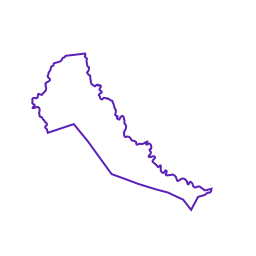 the district of Raillon Road, Praslin, Saint Lucia, rotated 20°
{"feature_id": "8701671B15123648543538", "entity_name": "Raillon Road", "entity_type": "district", "adm_level": 2, "iso_a3": "LCA", "parent_name": "Saint Lucia", "parent_adm1": "Praslin", "projection": "albers", "projection_center": [-60.939, 13.873], "detail": "fine", "context": "isolated", "style": "outline", "palette": "violet", "viewbox_px": 256, "rotation_deg": 20, "n_neighbors": 0, "source": "geoboundaries", "source_scale": "gbopen_adm2", "svg_char_len": 5711}
<svg xmlns="http://www.w3.org/2000/svg" viewBox="0 0 256 256"><g transform="rotate(20 128 128)"><path d="M175.3,176.1L187.6,175.0L204.4,176.5L215.3,183.3L217.4,168.7L222.2,165.4L222.6,164.7L223.5,164.0L223.6,163.7L223.8,163.2L224.2,162.8L224.6,162.1L225.0,161.6L225.3,161.3L226.3,161.2L226.6,161.0L227.5,159.8L227.7,159.4L227.2,156.5L224.3,158.6L222.1,160.0L221.4,160.3L220.8,160.3L220.1,159.8L219.3,159.6L218.1,159.4L216.9,159.0L215.9,158.6L215.2,158.5L214.1,158.9L213.0,159.7L212.3,160.5L211.6,160.8L211.1,160.9L211.0,161.0L210.7,161.0L209.3,160.4L209.1,160.3L208.5,159.6L207.8,158.5L207.6,158.3L206.5,157.6L205.3,157.2L204.8,157.3L204.6,157.5L204.3,158.5L204.3,159.9L204.2,160.2L203.8,160.4L203.4,160.3L203.1,160.1L202.3,159.1L202.1,158.9L202.0,158.6L201.6,158.0L200.9,157.4L200.6,157.4L199.2,156.8L198.3,156.5L197.9,156.5L197.2,156.6L196.1,157.1L195.5,157.6L194.8,158.6L194.4,159.2L193.7,160.0L193.0,160.6L192.6,160.7L192.3,160.7L191.9,160.4L191.0,159.1L190.3,158.4L189.6,157.4L189.1,157.2L188.4,156.9L186.5,156.5L186.1,156.4L185.4,156.6L185.2,156.7L184.6,157.3L184.3,157.5L183.2,158.0L181.5,158.9L180.4,159.3L179.9,159.2L179.6,159.0L179.4,158.7L179.4,158.3L179.4,156.6L179.2,155.7L179.1,155.4L178.9,155.2L178.3,154.6L178.3,154.2L178.2,154.6L177.8,154.9L177.5,155.5L177.0,157.8L176.9,158.0L176.6,158.2L176.0,158.3L174.6,157.8L173.9,157.4L173.6,157.2L173.3,156.8L173.0,155.9L172.9,155.5L172.2,153.4L171.8,152.6L171.4,152.1L171.1,152.1L170.8,152.4L170.1,154.3L169.7,154.5L169.5,154.4L167.5,153.1L162.9,151.4L162.5,151.1L162.4,150.8L162.4,150.3L162.4,149.8L162.6,149.2L163.3,147.9L163.5,147.1L163.5,146.5L163.0,145.9L162.3,145.7L161.2,146.0L159.0,147.7L158.3,147.9L157.7,148.0L157.1,147.6L157.1,146.7L157.9,145.2L158.0,144.4L157.9,143.0L157.3,142.5L156.7,142.2L155.8,141.2L155.7,140.8L156.0,140.2L156.7,139.8L156.8,138.9L156.1,137.3L155.3,136.1L154.7,135.7L153.6,135.3L153.0,135.4L152.3,136.2L151.7,136.8L151.4,137.2L151.0,137.2L150.6,136.9L151.0,135.8L150.9,134.9L150.8,134.3L149.6,135.2L148.9,136.2L147.3,137.9L146.5,138.3L144.3,138.9L143.5,139.4L142.6,140.4L141.7,140.6L140.9,139.5L140.6,138.6L140.0,138.3L139.1,138.2L138.4,138.0L136.6,138.2L135.7,138.4L134.7,137.5L133.3,136.4L132.4,136.2L130.8,136.1L130.1,136.3L129.7,136.5L129.2,137.3L128.7,137.4L127.9,137.2L127.0,136.5L126.8,136.1L126.6,135.8L126.6,135.1L126.5,134.8L125.8,134.0L125.6,133.5L125.6,133.0L125.8,132.4L126.1,130.3L126.1,128.8L125.9,128.1L125.6,126.9L125.3,126.5L125.0,126.2L124.5,125.8L123.4,125.1L123.1,124.8L122.7,124.1L122.3,122.6L121.9,121.8L120.3,119.4L119.9,119.0L119.5,118.8L119.0,118.6L118.4,118.7L118.1,118.8L117.8,119.3L117.7,119.9L117.3,120.5L117.2,120.9L117.1,121.9L117.0,122.8L116.7,123.1L116.2,123.2L115.8,123.1L115.3,123.0L114.3,122.7L114.1,122.4L114.0,122.2L114.1,121.6L114.4,121.2L114.4,120.8L114.3,120.6L113.9,120.5L112.3,120.5L111.8,120.3L111.6,120.1L111.3,119.7L111.3,118.3L110.9,116.5L110.6,115.6L110.3,115.1L109.3,114.6L109.0,114.4L108.8,114.1L108.5,113.5L107.6,112.4L106.4,110.6L105.9,110.1L104.9,109.3L104.4,108.1L103.5,107.8L102.5,107.9L101.7,107.9L101.2,107.7L100.4,107.3L99.6,107.1L99.1,107.1L98.7,107.2L98.2,107.7L97.1,107.5L96.2,107.6L94.9,107.9L94.6,108.5L94.1,109.7L93.9,109.9L93.6,110.1L93.2,110.1L92.2,109.9L91.7,109.4L91.1,108.5L90.7,108.1L90.2,107.6L89.5,107.3L89.2,106.9L89.3,106.5L89.7,105.5L90.5,104.4L91.0,103.9L91.1,103.5L91.0,103.3L90.9,103.0L90.3,102.6L89.7,102.4L88.7,102.3L88.4,102.1L88.2,102.0L88.0,101.3L88.0,100.7L88.4,98.6L88.3,98.3L88.2,98.0L87.8,97.6L87.5,97.4L86.8,97.4L86.0,98.2L85.8,98.3L85.5,98.3L85.3,98.2L84.8,97.6L84.5,97.7L83.9,98.1L83.7,98.6L83.2,99.0L82.9,99.9L82.7,100.1L81.9,100.1L80.5,99.6L79.0,99.3L78.5,99.0L77.9,98.2L77.2,97.4L77.1,97.2L77.0,96.4L76.8,96.0L75.9,95.0L75.5,93.8L75.0,92.8L74.7,92.1L74.4,91.7L74.2,91.6L73.3,91.6L72.9,91.6L70.6,90.0L70.6,89.7L70.6,89.2L71.2,88.1L71.3,87.2L71.3,86.8L71.0,85.8L70.9,84.9L70.9,84.7L70.4,84.3L69.9,84.1L69.1,84.0L68.8,83.8L68.5,83.5L67.3,81.4L66.3,79.6L65.9,78.6L65.8,77.2L65.7,76.9L63.8,76.1L63.0,75.5L62.9,75.3L62.9,74.4L62.8,73.5L62.6,73.2L62.3,72.7L44.7,81.5L44.3,82.9L44.1,83.4L43.0,84.1L42.8,84.3L42.7,84.7L42.6,85.0L42.5,86.0L42.4,87.0L42.0,87.8L41.7,88.3L41.2,88.9L40.4,89.6L37.2,91.8L36.6,92.3L36.3,92.6L36.2,92.9L36.2,93.5L36.5,94.2L36.5,94.7L36.1,95.6L35.2,96.2L34.9,96.5L34.8,97.3L35.1,98.6L35.2,99.7L35.2,100.5L34.8,101.9L34.5,102.8L34.5,103.4L34.7,104.2L34.8,104.8L34.9,105.5L34.8,105.9L34.7,106.5L34.8,106.8L35.0,107.2L35.4,107.6L37.2,108.3L37.6,108.6L38.1,109.2L38.2,109.6L38.2,110.2L38.0,110.6L37.4,111.4L36.3,112.6L35.4,113.7L35.2,114.4L35.7,115.0L35.8,115.2L35.8,115.8L36.0,116.5L37.1,117.9L37.5,118.6L37.8,119.7L37.8,121.0L37.6,121.8L37.0,122.9L36.5,124.0L36.1,125.0L36.0,125.9L35.5,126.4L33.4,126.5L32.5,126.4L32.2,126.6L32.1,126.9L32.0,127.4L32.4,128.7L32.5,129.4L32.5,130.1L32.4,130.6L32.0,131.1L31.3,131.5L30.7,131.7L30.0,131.8L29.3,131.9L28.7,132.3L28.5,132.6L28.3,133.1L28.4,134.2L28.5,134.5L29.0,135.1L29.2,135.5L29.3,135.8L29.3,136.8L29.7,137.4L29.9,137.6L30.2,137.8L31.9,138.1L32.3,138.3L32.6,138.6L32.6,139.0L32.5,139.3L31.8,140.5L31.6,141.0L31.5,141.4L31.5,141.7L31.8,141.8L32.3,141.7L34.2,140.2L35.0,139.6L35.9,139.2L36.6,139.1L36.9,139.2L37.3,139.4L38.2,140.2L38.7,141.0L38.9,141.6L39.2,143.1L39.3,144.5L40.1,145.3L40.5,146.4L40.8,147.0L41.0,147.2L41.7,147.5L43.0,147.3L43.5,147.5L44.8,148.6L45.5,149.1L46.6,149.5L47.0,149.7L47.2,150.1L47.6,150.4L48.1,150.7L48.9,150.9L49.7,151.3L50.6,152.2L50.7,152.4L50.7,152.8L50.7,153.1L50.0,154.3L49.8,154.8L49.7,155.3L49.9,155.6L50.5,156.2L50.9,156.5L52.0,156.8L52.4,157.1L52.6,157.3L53.3,158.7L53.5,158.9L54.0,159.2L54.3,159.9L75.7,142.9L94.6,154.1L128.3,176.9L144.1,176.9L157.4,177.0L175.3,176.1Z" fill="none" stroke="#5b21b6" stroke-width="2"/></g></svg>